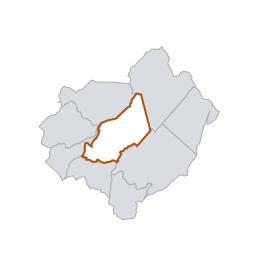 map of Chad with Sudan, Niger, Nigeria and 5 others greyed out, rotated 42°
{"feature_id": "TCD", "entity_name": "Chad", "entity_type": "country or territory", "adm_level": 0, "iso_a3": "TCD", "parent_name": "Africa", "parent_adm1": "", "projection": "equal_earth", "projection_center": [18.978, 15.46], "detail": "fine", "context": "with_neighbors", "style": "outline", "palette": "amber", "viewbox_px": 256, "rotation_deg": 42, "n_neighbors": 8, "source": "natural_earth", "source_scale": "50m", "svg_char_len": 8273}
<svg xmlns="http://www.w3.org/2000/svg" viewBox="0 0 256 256"><g transform="rotate(42 128 128)"><path d="M149.4,175.7L146.3,173.4L144.9,171.8L145.3,165.6L142.9,162.2L142.5,158.6L141.0,157.0L141.0,153.9L140.1,151.8L138.7,152.1L140.1,147.9L139.7,145.6L141.0,144.0L140.1,142.7L143.0,135.4L146.4,135.8L146.0,112.4L150.6,112.4L150.4,101.9L196.9,101.9L198.4,107.0L197.6,108.0L198.4,113.4L200.1,119.8L203.9,123.0L202.0,126.1L199.1,127.0L197.9,128.6L196.2,140.0L196.6,142.2L196.1,146.8L194.6,152.1L192.3,154.8L190.3,161.2L188.4,162.7L187.3,168.4L187.4,173.3L187.3,169.0L186.7,168.9L186.2,164.3L184.1,162.2L183.6,158.3L184.0,154.3L182.1,153.9L181.9,155.1L179.5,155.4L180.5,157.0L180.9,160.2L176.7,167.1L174.7,167.7L171.2,164.5L169.7,165.6L169.3,167.2L167.3,168.3L167.1,169.4L163.1,169.4L162.6,168.3L159.6,168.1L158.2,169.0L157.1,168.5L154.3,163.9L151.4,164.6L149.3,172.0L146.7,173.6L149.4,175.7Z" fill="#d9dde1" stroke="#a8b0b8" stroke-width="1"/><path d="M110.7,97.3L111.6,105.5L113.0,106.9L113.1,108.6L114.7,110.4L113.8,112.6L112.2,123.4L112.0,130.4L106.9,135.4L105.1,142.5L106.7,144.5L106.7,148.0L109.3,148.1L108.8,150.6L107.7,150.9L107.6,152.7L106.8,152.8L104.1,146.9L103.2,146.6L100.0,149.7L94.8,147.8L93.6,148.5L91.3,148.4L88.9,150.7L86.8,150.8L82.0,148.0L80.1,149.3L78.1,149.2L76.6,147.2L72.6,145.2L68.3,145.8L67.2,147.0L66.6,150.1L65.4,152.3L65.0,157.1L62.0,154.0L60.6,154.0L59.2,155.6L59.4,151.9L54.8,150.7L54.7,148.1L52.6,144.5L52.1,142.1L52.5,139.5L55.1,139.3L56.6,137.4L65.6,136.0L66.0,132.7L68.3,129.2L68.7,116.9L74.3,114.5L86.0,104.1L99.6,94.1L105.8,96.4L107.9,99.3L110.7,97.3Z" fill="#d9dde1" stroke="#a8b0b8" stroke-width="1"/><path d="M60.9,186.5L61.2,174.2L62.0,170.8L65.3,165.8L64.9,164.3L65.7,162.1L64.8,158.9L65.4,152.3L66.6,150.1L67.2,147.0L68.3,145.8L72.6,145.2L76.6,147.2L78.1,149.2L80.1,149.3L82.0,148.0L86.8,150.8L88.9,150.7L91.3,148.4L93.6,148.5L94.8,147.8L100.0,149.7L103.2,146.6L104.1,146.9L106.8,152.8L107.6,152.7L109.1,154.8L108.5,157.6L105.1,161.8L101.7,173.1L99.5,175.3L97.6,182.5L94.8,184.4L92.5,182.1L91.0,182.2L88.5,185.4L87.4,185.5L84.3,194.6L80.1,196.6L78.6,196.3L77.0,197.5L73.8,197.4L71.6,194.0L70.3,190.0L67.5,186.4L60.9,186.5Z" fill="#d9dde1" stroke="#a8b0b8" stroke-width="1"/><path d="M108.8,150.6L110.4,154.1L110.5,161.3L112.7,166.2L107.4,166.0L106.6,168.6L108.9,171.7L110.7,172.6L112.5,178.7L109.8,185.7L108.8,186.6L108.6,194.8L110.5,197.7L112.3,202.4L114.2,204.2L114.8,208.3L114.5,211.2L108.0,208.5L89.0,208.2L89.6,203.9L88.0,200.3L86.1,199.3L85.3,196.9L84.3,196.1L85.4,190.7L87.4,185.5L88.5,185.4L91.0,182.2L92.5,182.1L94.8,184.4L97.6,182.5L99.5,175.3L101.7,173.1L105.1,161.8L108.5,157.6L109.1,154.8L107.6,152.7L107.7,150.9L108.8,150.6Z" fill="#d9dde1" stroke="#a8b0b8" stroke-width="1"/><path d="M160.9,192.1L159.5,192.6L153.9,191.9L150.5,193.9L148.9,192.7L144.3,195.5L142.5,194.9L140.7,198.6L134.7,197.0L128.8,193.2L126.6,194.9L125.1,197.7L124.7,201.5L119.3,200.3L116.9,203.2L114.8,208.3L114.2,204.2L112.3,202.4L110.5,197.7L108.6,194.8L108.5,190.9L108.8,186.6L109.8,185.7L111.9,180.1L115.2,179.7L116.0,178.3L117.6,179.7L122.7,177.6L126.6,173.5L126.2,171.6L131.2,171.5L135.0,169.0L137.9,163.0L139.9,160.8L142.5,159.9L142.9,162.2L145.3,165.6L144.9,171.8L151.6,177.9L151.7,179.7L156.1,184.9L157.2,188.2L160.2,190.3L160.9,192.1Z" fill="#d9dde1" stroke="#a8b0b8" stroke-width="1"/><path d="M196.9,101.9L150.4,101.9L149.8,64.4L148.6,60.3L149.5,57.2L148.8,55.0L150.2,52.6L155.2,52.5L164.4,56.1L168.8,53.1L172.1,52.7L174.8,53.3L175.9,55.8L176.7,54.2L182.8,55.6L184.6,54.4L187.5,63.1L185.0,71.6L184.2,72.5L181.0,68.6L177.9,61.3L177.6,61.7L185.2,80.3L191.9,91.8L191.2,92.7L191.5,96.1L196.9,101.9Z" fill="#d9dde1" stroke="#a8b0b8" stroke-width="1"/><path d="M149.8,64.4L150.6,112.4L146.0,112.4L146.0,114.6L114.7,94.5L107.9,99.3L105.8,96.4L99.6,94.1L98.0,90.9L94.9,88.5L93.1,89.4L91.8,86.5L91.7,84.3L89.5,80.5L91.1,78.4L91.2,70.0L92.0,65.8L90.8,59.0L92.7,57.8L92.8,53.6L98.5,48.6L98.8,44.8L103.2,46.5L104.7,46.1L107.9,46.9L112.8,49.1L114.5,53.6L123.2,56.7L127.2,59.2L130.9,55.5L130.0,51.7L131.2,49.3L133.9,46.9L136.4,46.2L141.5,47.3L142.8,49.5L149.2,51.0L150.2,52.6L148.8,55.0L149.5,57.2L148.6,60.3L149.8,64.4Z" fill="#d9dde1" stroke="#a8b0b8" stroke-width="1"/><path d="M174.9,201.5L171.4,197.9L170.4,195.5L165.2,197.2L163.3,196.6L160.2,190.3L157.2,188.2L156.1,184.9L151.7,179.7L151.6,177.9L146.7,173.6L149.3,172.0L151.4,164.6L154.3,163.9L157.1,168.5L158.2,169.0L159.6,168.1L162.6,168.3L163.1,169.4L167.1,169.4L167.3,168.3L169.3,167.2L169.7,165.6L171.2,164.5L174.7,167.7L176.7,167.1L180.9,160.2L180.5,157.0L179.5,155.4L181.9,155.1L182.1,153.9L184.0,154.3L183.6,158.3L184.1,162.2L186.2,164.3L186.7,168.9L187.3,169.0L187.4,173.3L186.8,174.9L184.7,175.0L183.3,178.2L185.8,178.5L187.9,181.2L188.6,183.4L190.5,184.6L193.0,190.6L185.3,200.0L182.4,199.9L179.2,201.2L176.6,200.0L174.9,201.5Z" fill="#d9dde1" stroke="#a8b0b8" stroke-width="1"/><path d="M146.6,115.1L146.6,117.4L146.6,119.8L146.7,122.2L146.7,124.6L146.7,127.0L146.7,129.3L146.8,131.7L146.8,134.1L146.8,134.9L146.7,135.2L146.7,135.3L145.7,135.1L145.3,135.1L144.7,135.3L143.8,135.4L143.3,135.3L142.9,135.7L142.6,136.2L142.8,137.4L142.7,137.8L142.6,138.2L142.4,138.6L142.1,138.9L142.0,139.1L141.8,139.6L141.6,139.9L141.6,140.2L141.6,140.6L141.4,140.8L141.0,140.9L140.8,141.1L140.6,141.3L140.4,141.5L140.5,141.8L140.6,142.1L140.7,142.6L140.7,142.9L140.9,143.2L141.0,143.4L141.1,143.6L141.0,143.8L140.5,144.2L140.3,144.3L140.1,144.5L139.6,145.0L139.4,145.3L139.4,145.6L139.4,145.9L139.6,146.5L139.8,147.0L139.8,147.3L139.9,147.7L139.9,148.1L139.8,148.4L139.6,148.7L138.9,149.3L138.6,149.9L138.3,150.6L138.3,151.0L138.3,151.3L138.5,151.5L139.0,151.6L139.4,151.5L139.9,151.4L140.4,151.7L140.6,152.3L140.5,152.8L140.7,153.6L140.9,154.6L140.9,154.9L140.9,155.0L141.2,155.1L141.3,155.3L141.2,157.1L141.4,157.5L141.6,157.9L141.8,158.1L142.0,158.3L142.1,158.5L142.4,158.5L142.7,158.8L142.8,159.2L142.8,159.6L142.6,160.5L142.5,161.1L142.3,161.1L141.9,160.9L141.5,160.8L141.0,160.7L140.5,160.9L139.9,161.3L139.8,161.5L139.6,161.6L139.4,161.6L139.2,161.6L139.1,161.9L138.9,162.1L138.1,162.6L137.9,162.8L137.8,163.0L137.9,163.6L137.9,164.1L137.7,164.5L137.5,164.8L137.3,164.9L137.1,165.0L136.6,166.1L136.4,166.3L136.0,166.2L135.0,167.7L134.9,168.1L134.5,168.7L134.1,169.3L133.7,169.7L133.6,169.8L133.2,170.0L132.3,170.8L131.2,170.8L130.8,171.1L130.3,171.3L129.6,171.4L129.4,171.4L128.5,171.5L127.5,171.5L127.1,171.6L126.7,171.9L126.5,172.1L126.4,172.2L126.5,172.3L127.2,173.1L127.4,173.4L127.2,173.7L127.1,173.8L127.0,174.0L126.5,174.8L125.9,175.7L125.6,175.9L125.4,176.1L125.3,176.6L125.2,176.7L124.7,176.8L123.8,176.9L122.6,177.1L121.9,177.1L121.5,177.1L120.8,177.5L120.6,177.6L119.8,178.0L119.3,178.6L119.1,178.7L118.4,179.0L118.1,179.4L117.5,178.9L117.2,178.4L117.0,177.9L117.0,177.7L116.9,177.7L116.6,178.0L116.4,178.2L116.3,178.7L115.6,179.0L114.9,179.3L114.6,179.7L114.2,179.8L113.6,179.8L113.1,179.6L112.7,179.6L112.9,179.1L113.0,178.8L113.0,178.4L113.0,178.1L112.7,178.0L112.5,177.8L112.2,176.5L111.8,175.2L111.2,173.9L110.6,173.1L110.2,172.6L109.8,172.4L109.7,172.3L108.9,171.4L108.1,170.4L107.9,170.0L107.5,169.3L107.0,168.6L106.8,168.3L106.7,167.8L107.0,167.3L107.3,166.6L107.7,166.2L108.3,166.2L109.2,166.4L110.1,166.4L111.1,166.3L111.3,166.2L111.6,166.2L112.1,166.4L113.0,166.3L113.4,166.1L112.9,165.6L112.4,164.9L111.9,164.2L111.6,163.5L111.3,162.6L111.1,161.5L110.9,160.1L111.0,159.3L111.0,158.7L111.3,157.8L111.1,157.2L111.2,156.8L111.2,156.1L111.1,155.8L110.7,154.7L110.4,153.8L110.2,152.6L109.9,151.7L109.3,151.3L109.0,150.8L108.9,150.0L108.7,149.7L107.8,149.4L107.1,149.4L106.6,148.5L105.9,147.2L105.3,146.1L104.9,143.7L104.7,142.4L105.0,142.0L105.5,141.1L106.2,139.3L107.7,136.5L108.4,135.1L110.0,132.9L111.8,130.3L112.9,128.9L113.1,126.2L113.3,123.4L113.4,121.2L113.6,118.7L113.8,116.6L113.9,115.1L114.0,112.9L114.2,112.5L114.9,110.8L115.0,110.6L114.8,110.3L113.8,108.9L113.5,108.5L113.3,107.8L113.6,107.4L112.4,105.0L112.1,104.7L111.9,104.4L111.9,103.9L111.9,102.3L111.6,99.7L111.2,96.6L112.7,95.8L113.8,95.1L115.2,94.3L116.4,95.1L118.3,96.4L120.2,97.6L122.0,98.9L123.9,100.1L125.8,101.3L127.7,102.6L129.5,103.8L131.4,105.1L133.3,106.3L135.2,107.6L137.1,108.8L139.0,110.1L140.9,111.3L142.8,112.6L144.7,113.8L146.6,115.1Z" fill="none" stroke="#b45309" stroke-width="2"/></g></svg>